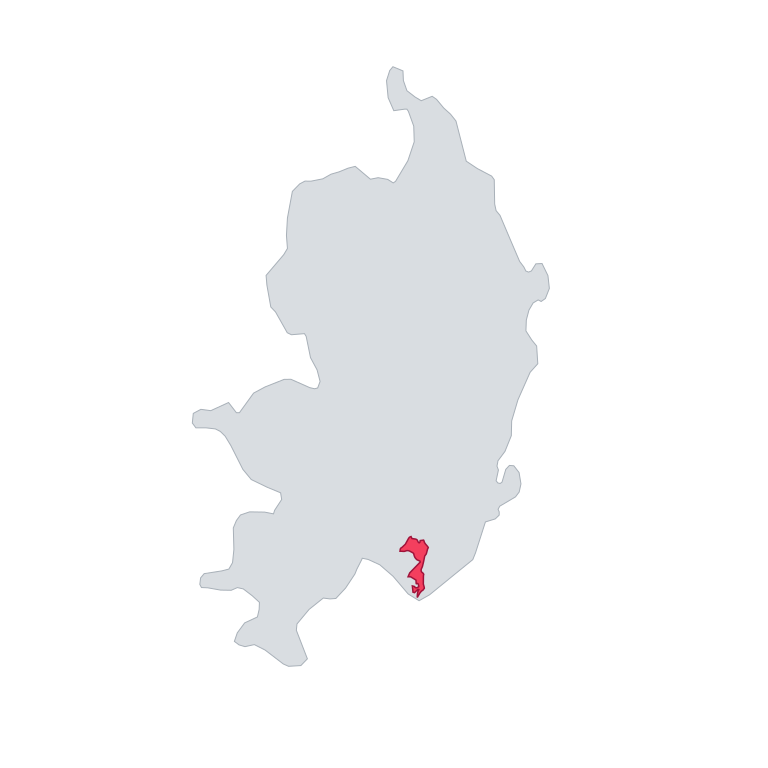 where Appenzell Ausserrhoden sits in Switzerland, rotated 112°
{"feature_id": "CHE-166", "entity_name": "Appenzell Ausserrhoden", "entity_type": "Canton", "adm_level": 1, "iso_a3": "CHE", "parent_name": "Switzerland", "parent_adm1": "", "projection": "equal_earth", "projection_center": [9.395, 47.359], "detail": "fine", "context": "in_parent", "style": "filled", "palette": "rose", "viewbox_px": 768, "rotation_deg": 112, "n_neighbors": 0, "source": "natural_earth", "source_scale": "10m", "svg_char_len": 3744}
<svg xmlns="http://www.w3.org/2000/svg" viewBox="0 0 768 768"><g transform="rotate(112 384 384)"><path d="M558.4,260.6L562.4,262.8L571.8,270.3L569.6,283.0L558.9,303.5L553.2,320.2L552.6,333.0L553.7,338.9L555.6,338.9L565.9,339.8L571.1,339.8L587.7,343.2L600.9,348.3L603.5,353.6L605.2,360.1L621.0,369.0L639.1,374.8L645.2,373.0L667.5,352.1L676.2,355.6L681.5,366.7L681.3,372.5L675.2,394.7L674.2,406.6L679.6,414.5L680.2,420.7L678.7,426.3L669.7,426.8L657.7,423.7L647.4,414.1L639.8,415.3L633.1,417.7L629.7,426.8L626.7,437.7L627.7,443.7L632.5,448.4L636.3,458.3L639.0,471.1L641.1,477.0L638.8,479.7L632.5,481.4L627.2,479.7L618.0,464.3L613.7,458.5L606.4,457.5L593.6,461.2L573.9,469.8L565.9,469.7L559.2,468.0L552.9,460.7L547.5,446.7L545.8,437.8L542.0,438.1L529.4,435.6L523.6,439.1L523.5,453.4L522.3,471.3L516.0,482.9L498.4,503.0L491.9,511.7L489.3,518.0L488.8,523.5L491.4,532.9L495.1,542.0L492.0,547.1L482.7,549.8L476.1,544.3L473.6,534.6L459.4,521.2L465.9,510.1L464.8,507.3L441.3,501.5L431.2,493.1L417.1,478.3L414.5,472.0L415.2,451.5L414.4,446.5L412.5,444.0L405.6,444.2L396.0,451.3L387.1,462.0L369.0,474.0L367.1,476.6L373.0,488.3L372.7,492.9L357.8,511.6L355.0,517.8L336.2,529.6L327.5,534.0L301.6,525.4L294.5,524.3L282.8,530.1L266.3,535.7L239.7,541.1L230.0,537.1L225.5,533.3L223.3,527.7L216.7,517.6L209.3,511.7L204.2,505.2L197.3,498.1L193.0,492.2L199.2,473.3L194.9,466.7L192.9,457.2L194.1,450.8L191.8,449.2L168.0,445.5L148.1,446.7L133.8,453.0L122.1,463.5L120.6,465.7L121.3,467.6L126.9,477.3L117.0,487.4L101.8,495.3L91.2,496.1L86.5,494.6L86.6,483.7L95.4,479.7L103.5,472.6L106.3,462.6L107.4,455.6L99.2,447.1L100.4,441.9L105.7,432.1L108.9,423.4L113.2,415.8L129.9,403.5L146.6,391.2L149.3,378.1L150.9,362.1L153.3,358.3L175.7,348.8L181.3,345.0L184.2,339.6L202.0,321.8L219.5,304.2L223.1,298.2L226.1,294.8L226.1,291.9L224.0,289.7L215.7,288.2L213.1,282.6L222.1,272.6L233.4,266.5L244.3,266.4L248.6,269.2L248.3,272.6L253.0,276.1L261.2,277.3L271.4,276.0L281.6,272.3L287.9,263.4L291.6,256.7L307.6,249.0L318.4,252.9L348.5,253.9L370.4,251.8L384.2,246.6L401.2,246.6L412.6,249.6L414.6,249.1L417.8,248.5L420.9,245.7L431.7,243.8L433.1,241.4L432.7,239.0L430.7,237.8L417.5,239.1L412.5,237.2L411.2,233.0L415.5,225.6L425.3,219.6L433.5,218.2L439.4,219.8L453.9,230.9L457.4,231.3L459.4,229.3L462.4,228.1L467.4,230.3L473.0,237.2L473.9,238.3L506.3,235.9L513.6,235.9L535.5,248.0L558.4,260.6Z" fill="#d9dde1" stroke="#a8b0b8" stroke-width="1"/><path d="M553.5,282.7L552.8,287.0L553.7,289.5L549.5,289.4L535.5,283.7L534.7,284.4L534.7,285.6L534.6,287.7L533.9,289.3L533.1,290.5L532.0,291.6L530.1,293.0L529.7,294.0L529.3,298.0L529.5,299.4L530.0,300.5L531.0,301.7L531.4,302.2L531.7,302.7L532.2,304.1L532.4,304.8L533.1,306.5L530.9,307.1L530.4,307.0L530.0,307.0L528.7,306.1L524.6,304.2L518.0,303.4L516.8,303.1L516.3,302.8L515.3,301.8L516.8,300.2L515.9,296.4L516.0,295.3L516.3,294.6L517.1,293.8L517.6,293.3L518.1,292.3L518.0,291.8L517.5,291.5L517.0,291.5L515.6,291.8L513.9,288.8L514.1,288.5L515.8,287.1L516.8,285.6L518.1,283.1L518.7,282.1L519.2,281.6L520.4,281.8L525.1,281.2L526.0,281.2L528.2,281.8L534.1,280.7L538.9,280.0L541.8,280.1L543.3,279.6L544.1,278.9L544.4,278.0L544.8,276.9L545.5,275.9L547.0,275.6L548.1,275.2L554.7,272.6L557.5,270.5L558.2,270.1L558.7,270.1L559.0,270.3L559.3,270.4L560.4,270.6L560.8,270.8L561.7,271.5L562.1,271.7L564.2,272.4L569.5,273.2L566.1,274.4L564.1,274.8L561.6,274.7L561.6,275.4L561.8,275.7L566.0,277.5L566.2,279.1L560.6,282.1L560.3,279.7L561.0,279.1L561.0,278.3L560.9,277.8L560.4,277.1L559.8,276.5L558.9,275.9L558.4,276.0L558.0,276.3L557.6,276.7L557.1,277.0L556.7,277.2L556.6,277.6L556.5,277.9L556.4,278.2L556.4,278.3L556.6,278.5L556.9,278.8L557.1,279.2L556.8,279.5L555.3,280.2L553.9,280.8L553.5,282.7Z" fill="#f43f5e" stroke="#9f1239" stroke-width="1.5"/></g></svg>